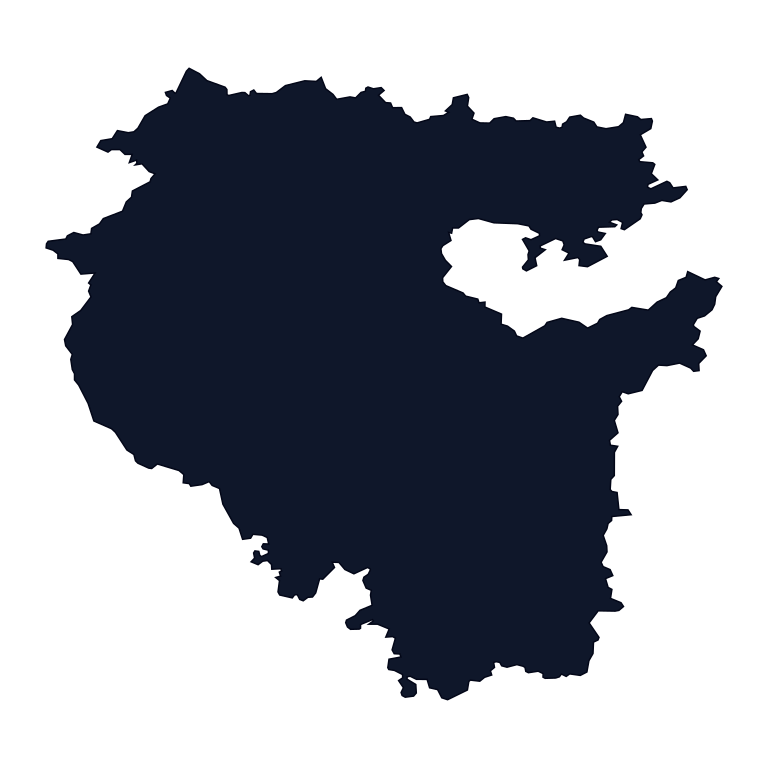 map outline of Bashkortostan (Robinson projection)
{"feature_id": "RUS-2378", "entity_name": "Bashkortostan", "entity_type": "Republic", "adm_level": 1, "iso_a3": "RUS", "parent_name": "Russia", "parent_adm1": "", "projection": "robinson", "projection_center": [56.933, 54.055], "detail": "fine", "context": "isolated", "style": "filled", "palette": "ink", "viewbox_px": 768, "rotation_deg": 0, "n_neighbors": 0, "source": "natural_earth", "source_scale": "10m", "svg_char_len": 6029}
<svg xmlns="http://www.w3.org/2000/svg" viewBox="0 0 768 768"><path d="M467.2,94.4L468.7,97.6L467.4,106.1L474.0,113.1L471.9,119.2L479.9,122.9L489.7,123.1L494.1,118.7L505.8,116.6L513.5,118.2L516.1,121.0L530.0,120.6L532.9,117.8L546.6,122.0L554.6,121.2L556.1,127.2L559.7,128.1L562.1,127.2L562.6,124.1L566.6,121.8L569.7,117.1L580.4,115.2L583.6,118.0L593.8,122.1L596.9,126.9L606.0,128.7L618.6,126.7L623.4,122.6L625.6,114.3L637.5,116.8L640.8,119.5L651.4,118.6L652.4,121.1L650.8,128.6L640.3,134.8L646.0,147.2L641.9,151.9L643.6,155.9L638.7,159.7L639.9,161.7L652.8,162.8L654.8,164.4L651.3,173.7L657.8,179.9L647.9,184.4L647.6,187.3L650.9,188.8L666.9,181.3L669.7,182.7L673.1,187.9L685.8,186.4L687.2,189.7L679.9,197.8L671.0,201.9L661.8,200.4L654.9,203.1L644.1,204.0L641.3,208.5L640.8,212.6L642.0,214.8L640.2,218.8L624.4,229.7L621.1,228.6L622.6,222.4L617.2,219.5L611.9,219.9L609.4,222.2L616.7,224.9L614.8,226.7L598.5,227.2L597.0,230.3L598.0,232.0L605.3,233.5L600.7,239.8L595.5,241.7L592.5,236.7L591.1,236.6L584.1,239.0L582.9,242.3L585.1,243.9L600.8,246.3L607.2,256.3L587.5,266.7L579.0,265.6L579.7,259.6L578.0,257.5L564.5,260.2L569.0,253.1L562.1,249.7L564.2,244.9L562.8,240.9L555.6,238.5L540.1,246.0L540.3,248.1L545.3,249.7L535.0,257.7L536.7,265.7L526.4,270.9L522.8,268.8L522.5,267.1L528.4,259.8L528.0,254.6L529.2,250.9L522.5,239.4L525.6,237.8L531.0,239.7L539.5,235.8L539.4,233.3L531.0,229.2L528.9,225.9L517.7,223.7L493.9,222.8L478.4,218.5L469.3,219.6L458.5,228.0L452.6,228.0L451.6,233.2L448.6,232.4L451.0,240.5L442.9,245.6L440.9,248.7L441.5,253.6L445.4,260.3L451.5,266.5L442.6,277.7L442.8,281.8L445.8,285.6L463.1,293.0L465.6,296.1L477.8,299.1L479.0,302.8L485.0,302.1L484.9,307.0L501.5,314.1L501.1,324.2L507.5,326.1L514.4,331.1L516.6,335.9L522.9,338.1L544.8,325.8L547.1,322.4L561.7,318.3L579.0,322.2L587.6,328.1L597.6,323.2L599.7,319.5L606.8,315.6L628.7,309.8L631.8,307.4L648.3,310.1L657.1,302.1L666.4,297.7L670.3,292.0L675.7,287.9L678.3,280.5L686.1,277.3L687.7,271.6L705.1,279.9L714.7,277.3L718.8,278.5L716.4,281.7L721.9,286.4L715.7,296.7L714.7,304.2L712.0,309.8L704.6,315.9L697.2,318.3L693.4,324.6L693.8,326.4L700.1,331.1L698.2,338.8L692.4,344.9L703.5,349.8L706.2,355.8L698.7,363.5L699.1,370.6L693.6,371.3L690.7,368.1L679.6,363.1L667.0,365.6L658.5,365.1L652.6,370.5L642.1,390.4L628.2,393.8L622.3,391.7L619.2,396.7L621.6,401.3L617.6,406.2L618.0,414.5L614.3,420.4L618.0,432.8L609.5,440.3L610.4,445.2L617.7,446.3L614.4,452.3L614.3,475.6L610.8,479.4L610.2,489.5L611.9,491.5L617.1,492.5L618.9,509.6L628.0,509.9L631.1,514.7L611.8,516.5L611.6,520.5L608.1,523.5L606.9,528.8L603.2,535.4L606.7,545.7L607.0,551.9L601.1,562.2L603.1,566.6L610.1,569.6L612.8,575.6L605.5,578.6L608.1,587.4L611.9,589.4L610.5,598.4L621.0,602.7L623.5,606.5L618.9,610.4L615.1,611.1L598.2,610.8L589.1,622.9L599.0,637.4L598.0,640.0L593.5,642.1L593.0,653.5L588.9,660.7L586.9,672.0L580.3,675.4L569.7,673.9L566.2,676.4L561.4,674.0L559.4,676.8L555.7,678.0L545.1,678.3L543.0,677.2L543.1,673.6L538.2,671.2L528.4,672.7L525.8,671.4L525.0,667.4L523.0,666.2L516.9,664.6L507.0,667.2L501.7,665.8L499.8,662.4L496.2,661.7L493.6,662.4L494.5,667.4L490.4,670.8L491.7,675.0L484.6,677.3L479.8,681.2L470.3,680.1L468.8,681.5L467.4,690.0L447.6,699.7L441.8,697.8L437.6,689.6L429.6,687.8L427.1,679.4L416.4,679.3L410.3,676.3L407.2,676.7L407.0,679.1L415.8,684.5L416.3,693.0L413.6,696.1L405.2,697.2L402.1,695.5L401.1,692.5L403.4,687.7L398.6,680.6L402.7,677.8L402.5,674.5L394.4,670.4L388.8,669.5L387.8,667.7L389.0,659.2L400.9,657.0L400.0,654.0L394.2,653.7L392.1,649.9L395.4,638.2L392.7,636.6L385.8,637.1L389.2,629.0L377.6,624.2L368.8,624.2L373.4,620.9L372.5,619.6L360.6,624.5L360.5,628.3L359.2,629.1L350.5,629.3L347.5,627.0L345.7,622.7L346.5,620.1L355.2,615.7L360.0,610.3L372.1,605.3L370.5,595.1L371.3,590.3L366.2,588.1L362.9,580.5L363.9,577.2L368.2,574.3L370.4,569.8L369.8,568.6L367.5,567.5L353.9,573.8L344.9,569.5L338.9,562.4L332.2,562.2L334.5,567.5L322.8,579.2L319.6,578.8L315.7,592.9L312.5,597.0L307.9,597.3L303.2,600.8L299.7,599.4L297.3,594.7L294.6,594.8L292.3,597.9L279.7,595.0L278.0,591.9L279.5,580.6L275.7,577.5L280.6,576.1L279.3,572.1L281.6,571.0L280.9,568.7L271.8,569.2L271.5,564.5L267.5,560.5L262.7,561.2L258.1,564.7L251.1,561.8L254.6,558.1L253.6,553.0L254.9,550.9L258.8,551.4L259.8,555.4L261.5,556.6L268.4,553.5L268.4,550.2L263.1,548.9L261.8,546.7L263.3,543.8L268.7,544.0L267.2,537.5L262.0,535.1L252.9,534.3L250.6,538.2L242.6,539.3L239.0,528.1L233.6,523.4L222.9,504.2L219.5,488.5L212.1,485.4L209.2,481.6L202.1,484.6L190.8,486.2L189.3,483.6L183.2,482.8L183.8,474.6L179.0,470.5L157.3,464.0L151.7,468.5L148.7,468.1L137.9,463.2L135.5,460.8L133.9,454.5L126.9,450.0L115.4,432.3L111.5,428.7L93.9,421.0L88.1,403.4L78.7,385.1L74.5,379.9L74.5,373.7L72.3,369.5L70.8,359.4L72.3,354.4L65.7,345.8L64.5,339.5L72.6,324.5L71.8,316.7L80.7,310.5L91.0,296.9L88.6,291.1L90.9,284.9L88.6,283.0L95.1,273.0L80.9,274.1L72.7,261.6L68.6,259.5L57.9,258.4L57.9,253.9L53.1,250.2L46.1,247.9L46.5,243.8L48.2,241.3L65.8,239.0L67.4,235.8L73.8,232.5L83.0,235.0L90.9,233.8L91.6,228.4L99.5,223.9L103.3,218.6L122.5,211.2L126.3,201.9L131.5,197.2L132.4,191.0L150.1,181.8L151.0,178.5L155.1,173.8L149.2,171.6L142.0,163.8L135.2,164.9L136.9,163.2L136.6,160.1L129.3,162.6L132.2,154.4L125.0,154.4L120.0,149.6L111.4,149.6L108.0,152.1L96.9,147.1L100.8,140.6L112.2,138.7L117.4,130.6L128.3,132.7L133.9,131.8L137.9,128.2L145.1,115.7L158.5,107.2L167.7,103.9L170.3,98.1L166.5,95.5L165.4,92.4L172.2,90.5L175.1,93.3L176.1,92.7L186.4,71.2L189.1,68.3L199.6,73.8L206.9,80.6L225.1,87.2L226.9,89.5L227.0,94.7L228.7,95.5L241.9,92.5L244.9,92.6L248.6,95.8L250.0,95.1L250.5,91.7L253.8,90.0L256.5,93.5L272.1,93.7L276.3,92.5L285.4,85.6L304.7,80.8L316.3,81.4L321.2,77.3L325.6,88.7L333.0,94.4L336.7,99.3L350.0,96.9L355.6,97.9L361.1,92.4L365.4,91.3L365.8,88.2L368.0,87.0L373.4,88.8L381.2,87.6L384.1,90.5L378.5,95.2L385.6,102.6L390.6,103.0L392.6,107.7L401.6,107.6L404.9,114.3L410.2,117.0L414.0,122.0L417.1,122.9L429.6,119.3L430.7,116.6L443.5,115.5L448.7,112.3L445.4,110.9L452.2,104.6L453.4,97.8L467.2,94.4Z" fill="#0f172a" stroke="#020617" stroke-width="1.5"/></svg>